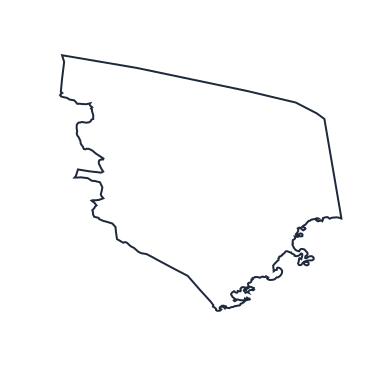 Agig, Red Sea, Sudan (Equal Earth projection), rotated 100°
{"feature_id": "16777658B73946128996237", "entity_name": "Agig", "entity_type": "district", "adm_level": 2, "iso_a3": "SDN", "parent_name": "Sudan", "parent_adm1": "Red Sea", "projection": "equal_earth", "projection_center": [38.237, 17.867], "detail": "fine", "context": "isolated", "style": "outline", "palette": "slate", "viewbox_px": 384, "rotation_deg": 100, "n_neighbors": 0, "source": "geoboundaries", "source_scale": "gbopen_adm2", "svg_char_len": 5928}
<svg xmlns="http://www.w3.org/2000/svg" viewBox="0 0 384 384"><g transform="rotate(100 192 192)"><path d="M79.9,343.7L86.1,340.5L103.1,339.6L116.1,338.6L117.0,337.0L118.1,338.2L119.0,338.2L119.5,338.7L120.5,337.7L120.9,335.9L121.0,331.7L121.3,330.7L122.2,328.7L122.2,323.9L122.7,323.2L125.1,320.2L124.8,319.3L124.5,316.9L124.5,315.6L124.2,313.8L124.1,312.5L123.8,311.1L122.4,307.8L123.2,308.2L123.8,307.9L124.6,307.3L126.0,304.9L127.4,305.9L128.2,304.8L129.8,304.5L133.4,302.6L137.3,302.0L137.9,303.2L138.4,303.6L138.9,303.9L139.7,304.0L141.1,305.2L141.8,307.2L142.1,308.1L142.2,312.8L143.0,314.1L143.1,315.1L143.6,316.0L145.5,317.1L147.4,317.0L149.2,316.7L150.3,316.3L152.2,315.6L154.4,315.7L156.3,314.7L157.9,313.0L161.1,310.8L163.3,310.1L164.3,309.5L166.1,307.5L168.4,306.0L168.5,304.5L167.7,303.2L167.4,301.1L168.4,297.6L171.0,293.0L174.4,285.0L175.4,285.2L175.8,287.1L176.6,288.5L177.5,289.0L179.1,288.9L180.3,288.6L181.8,287.5L185.0,285.2L187.3,283.0L188.7,284.9L188.8,285.7L188.9,288.8L189.2,292.6L189.4,295.7L189.5,299.4L189.6,308.2L192.4,308.6L195.6,309.0L196.9,309.4L198.2,310.2L197.4,306.2L196.9,304.3L196.7,301.5L196.5,297.2L196.9,295.9L198.3,292.8L198.2,291.1L198.0,289.6L198.3,286.3L198.4,284.4L199.0,283.9L203.0,281.1L206.3,281.1L210.4,281.4L211.3,280.8L212.3,279.7L213.6,278.2L214.1,279.1L215.9,282.2L217.0,285.9L217.3,288.2L217.9,289.4L218.5,288.5L219.3,286.5L221.8,283.7L222.6,284.4L223.8,285.2L224.9,285.4L227.2,287.0L228.0,286.6L228.6,286.1L229.8,286.0L231.6,285.3L233.4,284.0L233.7,279.5L234.8,278.7L235.8,274.7L236.2,270.2L236.9,264.9L239.9,261.1L240.6,261.1L242.5,260.5L245.0,259.8L251.4,257.7L253.9,250.9L253.2,249.8L253.0,248.7L253.4,246.9L254.1,246.0L255.4,244.1L256.3,242.3L257.1,239.5L260.2,234.4L261.1,231.2L261.0,226.0L261.7,224.0L262.5,221.3L263.4,218.4L264.2,216.3L270.8,196.1L275.3,181.7L287.2,166.9L296.7,154.6L299.8,151.3L301.1,151.5L300.0,151.3L301.2,151.5L302.0,149.4L302.5,148.5L303.2,147.9L304.0,147.9L304.6,146.8L304.5,145.9L304.0,143.9L302.7,142.8L302.2,143.6L302.0,144.3L301.4,144.7L300.6,144.5L299.8,142.8L299.0,143.0L298.6,141.9L299.1,141.6L298.6,140.8L299.2,140.1L299.8,140.3L300.4,140.0L300.8,139.5L300.1,139.4L298.9,139.4L298.6,139.0L299.0,138.7L299.5,138.1L300.0,138.9L299.9,135.2L299.3,134.3L298.5,133.2L298.2,132.1L297.8,131.1L296.8,129.9L296.9,129.1L296.2,128.0L295.9,127.0L295.7,126.0L295.1,125.1L293.6,124.7L293.1,123.5L292.4,122.8L291.7,122.0L290.7,121.2L289.9,120.7L289.0,120.5L288.7,119.9L289.0,119.2L288.3,118.1L288.2,117.2L287.7,116.5L287.0,116.9L287.0,118.8L286.6,119.4L287.8,119.6L287.6,121.3L288.6,121.2L289.9,122.5L290.1,125.8L289.9,129.0L291.4,130.0L292.1,131.0L291.5,132.0L290.1,130.7L289.5,131.6L288.5,133.6L286.2,135.7L285.0,135.6L283.6,134.7L282.4,133.3L283.4,131.8L283.4,130.2L282.3,129.5L281.5,129.7L281.5,127.3L280.8,126.8L280.2,127.0L278.9,127.5L277.4,126.6L276.8,125.4L276.9,122.7L276.6,121.4L275.6,120.4L275.9,119.7L276.6,119.6L277.7,121.0L278.4,121.7L279.2,121.7L279.3,122.6L278.5,122.6L278.5,123.2L279.9,123.9L280.7,123.2L282.0,121.8L280.9,120.3L281.3,118.9L280.7,119.5L279.9,119.1L279.1,118.4L278.4,117.6L278.1,116.2L278.1,114.7L277.4,114.0L276.8,115.2L276.3,115.4L276.0,113.5L275.6,116.0L275.2,117.3L275.3,119.5L274.3,120.2L273.6,120.6L272.6,121.0L271.6,120.3L271.1,118.9L270.1,118.1L268.8,118.0L268.1,117.6L268.0,119.1L267.8,117.9L267.4,117.0L266.3,117.4L265.6,116.3L265.3,115.4L264.8,115.1L264.5,113.8L264.4,112.0L264.7,110.3L264.0,109.5L263.2,108.1L263.0,107.3L263.3,106.4L263.2,105.8L263.0,105.0L262.1,104.5L263.0,102.1L263.5,102.3L264.2,102.9L264.7,102.3L264.9,101.4L265.1,100.4L265.0,99.3L264.6,97.9L264.1,96.3L263.0,94.9L261.5,94.0L260.9,92.1L259.5,90.8L257.6,89.7L256.0,89.4L254.7,89.4L253.7,89.7L252.9,90.5L252.2,91.4L251.7,92.4L251.5,93.6L251.6,94.4L252.1,95.0L254.0,95.0L254.2,95.7L254.6,96.8L255.6,97.5L255.9,97.8L254.9,98.0L253.6,98.3L252.7,98.7L251.3,99.0L250.4,99.3L248.7,98.4L246.8,97.1L244.9,95.9L244.2,95.1L243.1,95.1L242.4,95.4L241.8,94.8L240.8,94.5L240.5,94.7L240.1,94.1L239.5,93.0L238.9,92.7L238.6,92.3L238.1,92.3L237.9,91.8L237.2,91.4L236.3,90.5L235.3,90.0L234.1,89.3L233.8,87.9L234.0,86.9L234.3,85.7L234.4,85.1L234.3,84.0L234.9,83.7L235.2,83.0L235.7,81.2L236.2,80.1L237.1,79.8L237.1,78.5L236.9,77.3L235.8,75.5L234.7,74.5L233.9,74.2L233.6,73.6L233.9,72.7L234.9,72.4L236.5,72.4L239.1,72.7L239.0,73.0L238.6,73.7L238.5,74.6L239.0,74.9L240.6,74.9L241.7,74.8L244.0,75.1L245.3,74.0L245.2,72.5L244.6,71.6L243.5,71.0L242.6,70.7L241.6,69.8L241.9,69.7L242.4,69.4L243.1,69.1L243.8,68.6L244.4,66.5L243.7,65.0L242.8,64.6L241.6,64.9L240.9,65.9L241.1,67.7L241.4,68.9L241.1,69.1L240.5,68.2L239.6,66.4L239.1,65.0L238.9,64.1L238.7,62.9L238.3,61.6L237.0,60.5L235.6,60.8L235.0,61.6L234.4,62.9L234.8,64.7L235.6,66.2L237.0,67.3L237.5,68.0L237.3,69.1L235.6,69.2L234.6,68.0L233.0,67.4L232.0,67.7L231.0,68.8L229.1,71.3L228.9,73.4L229.2,74.8L230.2,75.7L231.7,76.1L231.8,76.9L231.4,79.1L230.8,80.4L229.1,82.1L226.3,84.0L225.3,84.0L224.9,83.7L224.0,84.2L222.7,84.3L221.8,84.3L220.8,83.1L219.9,82.5L218.9,82.5L218.1,83.0L218.2,81.9L217.7,81.2L217.9,80.3L217.5,79.5L217.2,79.2L216.3,79.1L216.7,78.2L216.9,77.3L216.3,75.7L215.0,75.7L214.2,76.3L213.9,77.9L214.4,78.6L215.0,79.4L215.4,80.1L216.4,81.6L216.3,81.9L215.9,82.4L215.3,82.2L213.7,81.2L212.7,80.9L211.7,80.7L210.5,80.7L209.8,81.5L209.5,81.6L208.4,80.1L208.5,79.7L208.8,79.1L208.5,78.5L209.1,78.0L210.0,76.9L210.4,75.7L209.4,74.5L208.4,73.9L207.7,74.5L207.2,76.7L207.0,77.3L206.2,76.7L205.5,76.0L204.3,74.5L202.7,73.7L200.9,72.5L200.3,72.2L199.9,71.0L198.4,69.5L198.1,68.5L197.5,67.0L196.9,65.5L196.1,64.6L196.1,63.1L196.2,62.8L196.4,63.1L196.5,64.3L197.0,65.0L197.8,65.2L198.4,64.4L199.0,62.9L198.0,60.7L197.8,61.0L197.4,60.2L197.5,59.5L198.1,58.7L196.5,58.2L195.0,58.5L193.8,56.4L193.2,54.1L194.3,52.0L194.4,51.8L193.1,49.9L192.6,48.1L191.8,45.1L191.8,42.2L192.2,40.3L191.7,40.4L97.1,74.3L92.9,82.8L85.9,105.3L83.0,154.2L79.4,267.9L79.9,343.7Z" fill="none" stroke="#1e293b" stroke-width="2"/></g></svg>